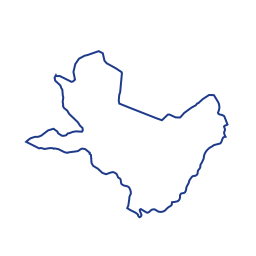 San José del Golfo, Guatemala (Albers equal-area conic projection), rotated 120°
{"feature_id": "79465075B18750582081906", "entity_name": "San José del Golfo", "entity_type": "district", "adm_level": 2, "iso_a3": "GTM", "parent_name": "Guatemala", "parent_adm1": "", "projection": "albers", "projection_center": [-90.366, 14.787], "detail": "fine", "context": "isolated", "style": "outline", "palette": "blue", "viewbox_px": 256, "rotation_deg": 120, "n_neighbors": 0, "source": "geoboundaries", "source_scale": "gbopen_adm2", "svg_char_len": 3450}
<svg xmlns="http://www.w3.org/2000/svg" viewBox="0 0 256 256"><g transform="rotate(120 128 128)"><path d="M56.6,70.0L57.1,71.0L58.9,74.3L65.6,77.7L71.3,79.5L72.1,80.3L74.5,80.7L78.4,83.1L86.7,86.8L92.8,88.1L95.0,92.0L95.6,98.8L96.5,100.2L104.3,102.5L105.2,107.3L109.6,136.5L111.2,147.7L109.1,149.6L103.8,152.1L100.9,152.7L83.5,160.7L82.8,161.7L82.4,168.6L82.6,178.8L81.5,182.0L75.9,187.2L76.1,191.8L85.1,199.6L87.2,201.8L92.5,205.1L99.0,205.6L106.7,203.3L112.6,198.1L115.2,198.9L116.3,200.1L117.1,213.0L118.9,216.1L118.4,216.8L121.0,216.8L122.9,215.2L123.5,214.4L124.9,208.0L126.7,205.8L127.7,204.0L131.3,201.5L132.5,200.7L133.9,199.3L137.9,197.7L140.7,195.5L141.5,195.3L142.7,193.4L143.3,189.4L145.2,186.0L148.1,174.3L150.0,170.6L150.7,167.5L152.5,166.0L154.2,166.0L157.0,171.5L158.9,173.8L161.8,176.2L162.8,177.4L165.1,177.9L166.6,179.4L167.7,181.1L167.7,182.3L167.5,186.0L166.6,187.0L166.3,188.2L165.9,192.1L170.0,196.0L177.8,199.2L180.4,201.2L182.4,204.4L185.7,207.3L187.5,208.1L189.9,209.0L190.9,209.3L190.1,194.9L188.8,193.3L187.9,189.8L184.6,185.8L183.1,183.1L183.1,181.9L182.3,181.2L181.1,177.7L180.7,170.8L179.7,167.9L179.0,167.5L174.6,161.8L173.1,159.9L172.0,159.3L170.0,158.4L168.6,157.2L167.7,154.4L168.6,148.7L169.5,148.4L169.9,146.6L176.5,142.1L178.2,139.3L178.3,133.7L179.7,127.8L179.0,123.9L175.1,120.6L173.8,119.1L173.3,117.1L173.6,114.7L175.8,111.8L175.8,110.9L175.7,110.1L176.2,108.8L176.9,108.1L179.0,106.6L179.8,105.5L179.9,104.6L179.9,103.0L179.6,101.9L179.3,100.9L178.8,99.2L178.8,98.1L179.0,97.3L179.4,96.6L180.2,95.4L180.9,94.6L182.0,93.6L183.1,92.9L184.1,92.6L184.9,92.6L185.6,92.5L186.5,92.4L187.7,92.0L188.6,91.5L193.6,89.5L195.5,88.8L196.7,88.8L197.8,88.6L197.9,86.0L197.9,85.1L197.9,84.1L197.8,83.2L197.8,82.4L197.6,81.1L197.6,79.6L197.7,77.4L198.1,76.0L198.9,75.3L199.4,74.3L199.4,73.3L198.3,72.7L197.2,72.6L196.3,73.1L193.9,76.2L192.9,76.9L191.8,76.4L191.8,75.3L191.9,70.0L191.6,68.8L191.1,68.3L190.1,67.7L189.1,67.4L188.2,67.1L187.1,66.7L186.3,66.0L185.6,65.1L185.2,64.4L185.1,63.3L185.2,61.7L185.2,60.0L184.9,59.0L184.6,58.2L184.2,57.6L183.7,56.9L182.7,55.8L182.1,55.3L180.9,54.7L179.9,54.4L178.8,54.2L177.9,53.9L177.0,53.6L176.1,53.2L174.4,52.3L173.5,51.9L172.3,51.8L171.3,52.4L170.3,52.8L169.7,52.0L169.0,51.0L168.3,50.2L167.4,49.2L166.8,48.6L165.9,48.0L164.8,47.8L163.8,47.8L163.0,47.9L161.7,48.5L160.2,49.3L159.1,49.4L158.4,49.3L157.5,48.5L157.1,47.9L156.2,47.0L155.2,46.5L154.1,46.5L152.8,46.7L151.8,47.1L151.1,47.4L150.3,47.7L148.9,47.9L145.9,47.9L144.7,48.1L143.4,48.5L142.4,48.6L141.2,48.5L140.3,48.5L139.5,48.4L137.9,48.1L137.1,47.6L136.4,46.7L135.5,45.6L134.7,45.2L133.6,44.9L132.5,45.0L131.5,45.5L130.4,46.0L129.3,46.0L128.6,45.9L127.6,45.7L126.3,45.7L125.5,45.9L124.9,46.3L124.1,46.7L123.2,46.8L122.4,46.8L120.8,46.8L119.5,46.9L118.5,47.0L117.7,47.0L116.4,47.3L115.2,47.8L113.7,48.3L112.1,48.7L111.2,48.7L109.8,48.7L109.1,48.7L108.0,48.5L106.8,48.2L105.9,48.0L104.8,47.6L103.7,47.1L102.6,46.4L101.7,45.9L100.8,45.5L99.8,45.0L95.6,40.7L95.0,40.3L94.1,40.2L93.2,40.2L92.1,40.4L89.9,40.8L88.7,40.8L87.6,40.2L86.8,39.2L86.4,40.0L85.8,40.7L84.7,41.9L83.7,42.6L82.7,42.8L81.7,42.9L81.0,43.1L80.3,43.7L79.3,44.9L78.7,45.6L77.5,45.3L76.1,44.0L75.2,43.6L70.0,50.1L69.6,50.9L69.6,51.7L69.7,52.8L70.0,54.1L70.3,54.8L70.5,55.8L70.5,56.7L69.8,57.7L68.6,57.9L67.5,58.1L66.6,58.4L65.7,58.6L64.7,59.0L64.1,59.4L62.5,60.6L61.8,61.2L61.0,62.2L60.5,62.9L56.6,70.0Z" fill="none" stroke="#1e3a8a" stroke-width="2"/></g></svg>